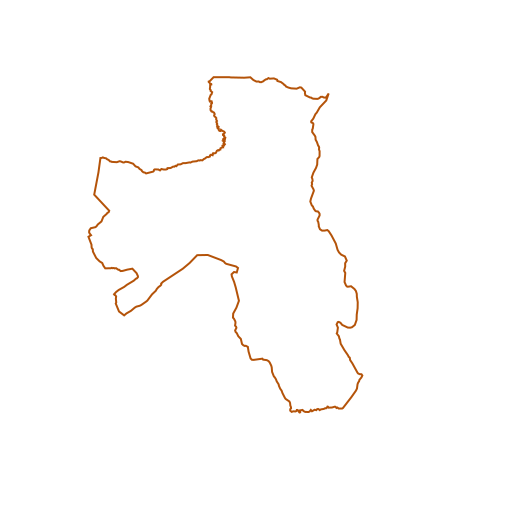 the district of General Güemes, Salta, Argentina, rotated 329°
{"feature_id": "61730980B57744536697119", "entity_name": "General Güemes", "entity_type": "district", "adm_level": 2, "iso_a3": "ARG", "parent_name": "Argentina", "parent_adm1": "Salta", "projection": "robinson", "projection_center": [-64.976, -24.808], "detail": "fine", "context": "isolated", "style": "outline", "palette": "amber", "viewbox_px": 512, "rotation_deg": 329, "n_neighbors": 0, "source": "geoboundaries", "source_scale": "gbopen_adm2", "svg_char_len": 6134}
<svg xmlns="http://www.w3.org/2000/svg" viewBox="0 0 512 512"><g transform="rotate(329 256 256)"><path d="M173.1,91.9L164.0,103.2L148.9,120.1L153.5,141.6L152.2,142.6L150.8,142.5L149.7,143.0L145.3,143.8L141.3,146.8L136.6,147.5L134.8,148.3L133.3,148.6L128.7,147.1L126.3,148.2L125.2,149.6L125.0,150.9L125.3,153.2L122.3,153.2L120.8,161.6L119.6,163.8L119.3,165.1L119.6,166.1L118.5,168.2L118.0,175.4L119.2,180.1L120.6,182.8L120.2,185.8L120.4,188.9L125.0,191.6L126.3,191.9L126.5,192.4L128.0,193.1L128.4,193.8L129.8,194.4L130.9,196.9L131.6,197.3L132.2,199.2L134.0,200.1L138.7,201.4L143.5,203.2L144.8,209.2L144.4,212.5L143.9,213.3L142.4,213.8L141.5,213.6L138.5,214.2L130.5,214.2L127.1,214.6L120.8,214.4L117.6,214.8L114.6,215.7L114.7,216.5L115.2,217.2L115.3,218.6L113.9,220.4L112.3,223.8L111.3,224.5L110.0,233.0L112.4,239.0L115.4,238.5L120.6,238.6L125.5,237.8L127.4,237.8L130.8,238.8L132.5,238.9L138.2,238.5L139.8,238.3L147.2,235.3L152.2,234.2L153.9,233.2L156.4,232.4L158.8,232.2L160.0,231.8L160.5,230.8L163.0,230.2L186.7,229.2L195.5,227.8L206.0,225.0L215.2,230.3L224.0,241.5L225.6,244.2L225.8,245.9L226.4,247.3L233.5,254.7L234.4,257.0L231.0,260.2L228.9,258.4L225.6,259.1L224.8,261.1L223.9,266.9L222.4,272.6L218.3,285.6L212.6,290.2L206.8,293.6L204.5,297.0L204.8,298.3L204.6,301.4L204.0,302.7L202.2,304.9L202.5,306.4L202.2,307.5L199.8,309.0L199.4,310.6L199.8,312.2L199.5,315.7L200.3,319.3L198.7,324.2L199.1,325.8L199.9,327.2L201.0,327.7L202.2,329.7L200.4,334.1L198.6,341.0L199.0,342.8L200.4,343.8L208.6,347.3L208.7,348.5L211.6,350.8L212.6,352.5L212.9,354.2L212.6,357.8L212.1,359.6L210.1,363.6L209.3,368.5L209.6,369.6L209.6,372.0L209.2,374.1L209.3,377.7L208.8,379.0L208.4,382.2L208.6,384.6L208.1,387.0L207.7,392.4L207.8,393.8L209.7,397.9L209.5,399.5L208.4,401.9L208.1,403.6L207.6,404.6L206.5,404.9L205.7,406.2L206.3,408.0L207.9,408.3L209.8,409.6L210.7,409.7L211.7,409.0L212.1,409.2L212.4,409.6L212.6,412.3L212.9,412.7L213.5,412.6L214.2,411.0L216.6,411.9L216.9,413.5L217.9,415.0L220.7,416.8L222.0,416.9L223.7,416.2L224.0,417.9L227.1,418.0L228.3,419.2L229.2,418.8L230.3,419.0L230.8,419.5L231.2,420.9L232.6,420.9L235.4,422.0L236.9,422.1L237.5,422.6L238.9,422.4L239.7,421.9L240.1,422.3L240.0,423.3L243.1,425.0L246.1,425.8L246.6,426.6L246.7,427.7L247.7,427.8L248.3,429.3L251.3,431.1L252.2,431.1L264.8,426.2L272.3,422.9L274.3,421.6L277.0,418.2L278.4,417.1L279.8,416.5L280.9,415.4L283.8,414.4L285.6,413.2L285.5,411.7L284.0,410.7L283.0,409.2L282.9,408.2L283.3,397.5L283.1,393.7L284.0,391.4L283.5,390.1L283.7,388.7L283.3,382.1L283.4,374.8L285.0,370.7L284.9,369.9L285.7,367.5L285.3,364.0L286.3,363.3L289.3,359.6L289.8,356.2L292.0,354.8L293.0,355.1L294.0,356.7L294.4,359.5L297.8,364.6L299.9,366.0L301.6,366.5L305.2,366.0L309.3,362.6L312.1,358.2L316.2,353.1L319.4,348.0L321.4,343.0L322.9,340.3L323.6,337.5L323.4,335.0L321.9,330.9L318.8,329.6L318.2,328.9L318.0,327.5L318.5,323.9L323.8,316.5L323.9,314.1L327.0,311.0L328.7,308.1L331.4,306.7L332.0,302.2L329.7,298.7L329.0,295.7L329.1,292.7L330.8,286.4L331.3,277.2L331.1,272.2L330.5,270.5L328.0,269.6L325.7,268.3L324.6,266.0L325.1,262.8L325.8,261.8L326.9,258.8L326.9,257.5L327.5,256.5L331.4,254.0L332.2,252.7L332.3,251.3L332.0,249.7L330.5,248.6L330.1,247.8L329.9,245.2L330.3,242.8L329.9,241.4L330.6,237.3L332.7,235.1L339.2,229.9L339.6,228.6L339.8,224.4L341.1,223.3L341.6,221.8L343.2,220.8L344.0,219.0L344.3,217.3L348.2,214.1L352.8,211.4L355.5,209.2L358.6,204.5L361.2,203.7L362.0,203.0L364.5,198.9L364.9,197.0L366.0,195.6L366.3,194.3L366.1,193.5L366.9,189.7L367.0,187.0L368.3,184.5L368.4,183.2L368.0,178.7L369.3,176.6L370.2,176.1L373.0,172.7L373.3,171.9L373.1,171.1L372.3,170.2L372.3,169.5L372.8,168.9L375.8,167.8L380.0,165.0L381.9,164.4L387.3,161.4L396.3,158.9L402.0,154.1L398.3,155.9L397.0,156.0L395.7,155.0L395.0,153.8L393.4,152.9L391.8,153.3L389.8,153.1L386.3,150.8L385.4,149.9L384.9,148.7L383.9,147.9L381.1,143.6L381.8,141.6L382.7,140.4L381.6,135.0L380.5,134.0L377.0,133.5L372.5,130.4L370.5,128.3L369.0,126.2L369.0,124.9L368.4,124.1L368.2,122.8L367.0,119.8L364.5,117.0L364.9,115.8L362.8,113.0L359.1,111.1L358.3,109.9L356.3,110.1L355.6,109.7L353.6,109.7L352.3,110.0L350.0,109.7L348.8,108.9L348.2,107.8L346.2,106.7L344.4,103.8L343.2,99.9L337.7,97.1L326.3,89.9L325.1,88.9L311.7,80.9L306.4,82.3L305.3,82.1L305.1,82.5L305.4,83.5L305.4,84.6L306.2,85.5L306.0,86.0L304.8,85.8L303.6,87.7L302.8,88.6L302.4,89.3L302.6,90.5L302.1,91.1L302.8,93.0L301.1,94.5L300.1,94.6L296.9,97.1L296.1,99.1L296.1,100.0L297.1,100.1L297.6,100.5L297.3,101.1L297.4,101.6L297.0,102.3L296.1,102.3L295.5,103.5L294.1,104.2L294.4,105.0L293.0,106.1L292.2,107.5L292.3,109.3L293.0,109.6L293.4,110.9L293.9,111.5L293.7,113.1L292.5,113.9L292.3,114.9L292.8,116.0L293.0,117.3L292.2,118.4L292.1,120.2L291.2,120.5L290.9,121.0L291.0,122.3L290.3,122.8L290.3,124.2L289.5,124.6L289.5,125.2L290.4,126.1L290.0,126.5L289.0,126.3L288.9,126.7L289.5,127.3L289.6,127.9L289.0,128.5L289.1,129.9L290.0,130.6L291.0,129.8L291.6,131.3L292.8,133.1L292.8,134.2L291.7,134.7L290.4,134.6L290.0,135.4L290.7,136.5L290.1,137.3L290.7,138.7L289.7,139.7L288.8,138.9L288.0,138.9L287.8,139.3L288.5,140.6L288.5,141.0L287.2,140.7L287.7,141.8L286.7,142.4L286.9,144.2L286.3,144.4L286.3,143.6L285.7,143.4L285.3,144.8L284.1,144.3L283.7,145.9L282.5,145.4L281.0,145.4L280.3,146.4L279.4,146.1L278.4,146.4L278.0,145.7L276.6,145.7L274.8,146.9L273.6,146.8L272.2,145.8L271.5,146.2L271.3,146.8L270.7,147.3L269.5,146.0L268.3,146.1L267.7,147.0L266.0,146.7L265.1,146.0L264.4,145.9L262.1,146.2L261.3,146.0L259.3,146.4L257.7,145.2L257.0,145.2L255.8,144.3L254.0,144.2L250.2,142.4L247.8,142.1L247.2,141.5L243.4,140.1L241.2,138.8L238.6,138.6L236.1,137.3L234.0,138.0L233.4,137.2L232.1,137.4L231.0,136.7L228.1,136.6L225.4,135.1L224.7,135.8L223.4,135.5L221.4,134.3L219.7,132.7L217.8,133.2L216.8,131.5L213.8,129.6L213.1,129.6L212.0,130.6L211.3,130.7L204.3,128.6L203.7,127.2L202.6,126.3L202.0,124.6L202.1,123.4L201.0,121.3L200.8,119.5L198.9,117.1L198.2,113.6L194.9,109.7L192.7,108.0L191.2,107.9L190.3,107.4L188.7,105.2L187.9,104.5L185.0,103.9L180.8,101.0L180.5,100.4L179.6,99.7L179.2,97.9L178.1,96.2L177.9,95.2L176.2,93.6L175.5,92.6L174.3,92.5L173.1,91.9Z" fill="none" stroke="#b45309" stroke-width="2"/></g></svg>